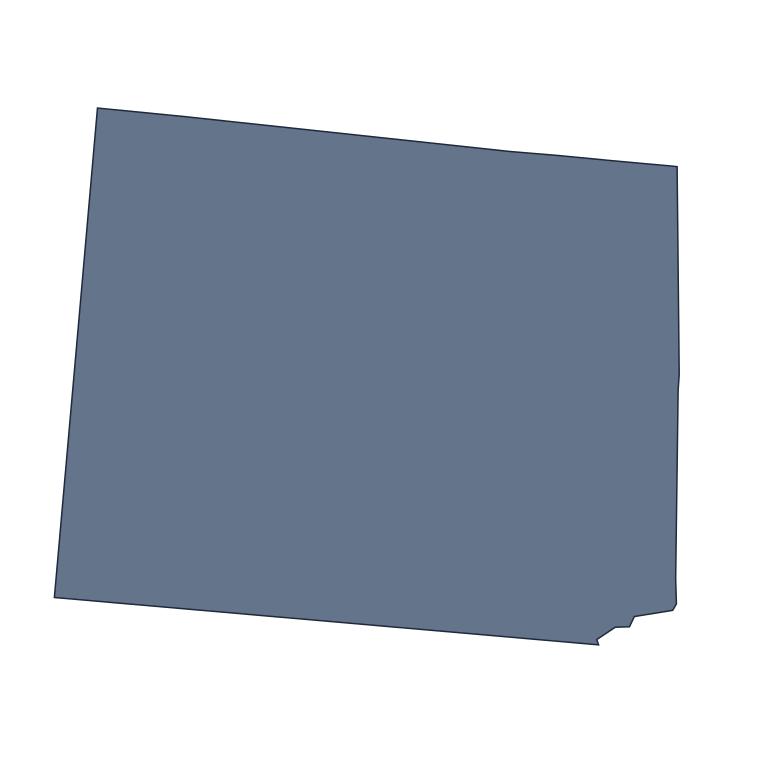 outline of Tioga, Pennsylvania, United States of America, rotated 6°
{"feature_id": "52423323B23673127244942", "entity_name": "Tioga", "entity_type": "district", "adm_level": 2, "iso_a3": "USA", "parent_name": "United States of America", "parent_adm1": "Pennsylvania", "projection": "natural_earth1", "projection_center": [-77.118, 41.772], "detail": "fine", "context": "isolated", "style": "filled", "palette": "slate", "viewbox_px": 768, "rotation_deg": 6, "n_neighbors": 0, "source": "geoboundaries", "source_scale": "gbopen_adm2", "svg_char_len": 452}
<svg xmlns="http://www.w3.org/2000/svg" viewBox="0 0 768 768"><g transform="rotate(6 384 384)"><path d="M78.5,630.8L624.7,621.0L622.3,615.9L639.4,601.7L653.5,599.8L657.3,589.1L694.8,578.9L697.8,572.1L694.4,546.9L677.2,359.8L676.6,343.8L652.8,137.2L644.2,137.2L639.5,137.3L619.8,137.6L584.1,138.1L536.2,138.5L484.2,139.6L201.1,139.0L159.5,138.9L70.2,139.5L73.6,336.6L75.2,432.2L78.5,630.8Z" fill="#64748b" stroke="#1e293b" stroke-width="1.5"/></g></svg>